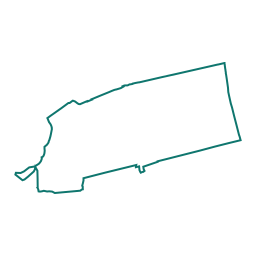 outline of Beciu, Teleorman, Romania
{"feature_id": "2599482B82424000393547", "entity_name": "Beciu", "entity_type": "district", "adm_level": 2, "iso_a3": "ROU", "parent_name": "Romania", "parent_adm1": "Teleorman", "projection": "mercator", "projection_center": [24.654, 44.01], "detail": "fine", "context": "isolated", "style": "outline", "palette": "teal", "viewbox_px": 256, "rotation_deg": 0, "n_neighbors": 0, "source": "geoboundaries", "source_scale": "gbopen_adm2", "svg_char_len": 2157}
<svg xmlns="http://www.w3.org/2000/svg" viewBox="0 0 256 256"><path d="M37.6,188.0L38.0,188.8L38.3,189.5L38.4,190.5L38.6,191.4L40.0,191.6L42.0,191.3L43.8,190.8L47.1,191.5L49.2,191.3L52.2,191.6L54.8,193.0L80.3,190.7L81.3,189.9L82.1,189.4L82.8,189.3L82.7,186.4L82.2,185.8L82.9,183.2L83.5,180.5L83.5,178.2L105.3,172.6L134.7,165.4L136.2,165.0L135.9,166.2L135.9,167.2L139.1,166.4L139.5,170.2L140.3,172.0L140.8,172.7L142.4,171.9L143.2,171.9L144.5,170.9L143.6,169.0L143.3,166.7L146.0,165.8L157.7,161.8L157.6,161.3L170.7,158.0L199.9,150.6L215.2,146.5L228.7,143.1L240.6,140.2L239.8,137.2L239.5,136.2L239.0,134.9L236.6,125.5L234.1,115.9L232.1,107.8L231.9,107.1L230.8,103.5L229.2,96.3L228.5,93.0L228.3,92.2L228.2,90.8L228.0,87.8L226.7,78.6L226.3,76.0L226.1,74.7L226.0,74.2L225.9,73.7L225.8,73.3L225.8,72.2L225.7,71.7L225.6,71.3L225.5,70.8L225.5,70.1L225.4,69.6L225.3,69.2L225.0,67.0L224.8,65.5L224.7,64.4L224.6,64.1L224.5,63.6L224.5,63.0L224.4,63.0L222.9,63.4L218.2,64.5L217.9,64.5L178.3,73.5L161.6,77.2L147.3,80.5L146.4,80.7L140.8,82.0L139.0,82.4L138.4,82.4L137.9,82.5L135.3,83.0L132.7,83.6L132.6,83.9L131.2,84.2L130.6,84.3L129.9,84.3L129.3,84.5L128.4,85.0L127.8,85.3L127.3,85.4L125.9,85.4L125.6,85.4L124.3,85.5L122.5,86.3L122.6,86.5L123.1,86.8L120.8,88.1L116.2,89.5L115.5,89.6L114.1,90.0L111.6,91.0L108.8,92.2L107.8,92.6L100.9,95.4L91.7,99.2L92.0,99.6L87.4,101.5L87.3,101.1L86.7,101.3L80.0,104.2L78.6,104.0L77.2,103.1L75.1,101.5L73.3,100.8L72.7,100.7L69.6,103.0L68.4,103.0L61.2,108.3L58.9,109.9L50.8,115.6L47.4,118.1L47.6,118.5L48.7,121.3L49.0,121.9L49.1,122.3L49.4,122.6L50.3,123.9L50.7,124.5L51.4,126.2L51.8,127.6L51.7,127.9L51.9,129.0L50.9,134.1L50.4,136.4L49.7,138.8L49.4,139.9L48.8,141.1L48.5,142.5L48.0,143.3L46.9,144.8L44.5,146.8L44.5,148.7L44.7,150.7L44.5,152.6L44.3,153.8L43.6,155.7L42.7,156.8L41.6,157.3L41.8,158.7L41.4,159.9L40.9,161.2L39.8,162.7L38.8,163.8L37.4,164.7L36.1,165.5L35.1,166.4L29.2,167.4L24.0,171.4L20.6,173.0L15.9,172.8L15.4,174.6L22.5,180.2L24.5,179.5L28.1,176.6L30.2,174.7L31.1,173.9L33.8,171.5L34.9,169.3L35.3,167.0L37.4,170.7L37.6,178.9L37.6,180.5L37.7,187.2L37.7,188.0L37.6,188.0Z" fill="none" stroke="#0f766e" stroke-width="2"/></svg>